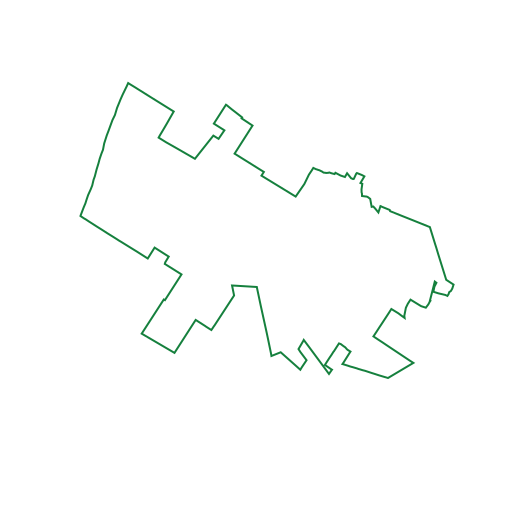 Sinanché, Yucatán, Mexico (orthographic projection), rotated 296°
{"feature_id": "50627088B40588220742551", "entity_name": "Sinanché", "entity_type": "district", "adm_level": 2, "iso_a3": "MEX", "parent_name": "Mexico", "parent_adm1": "Yucatán", "projection": "orthographic", "projection_center": [-89.197, 21.269], "detail": "fine", "context": "isolated", "style": "outline", "palette": "green", "viewbox_px": 512, "rotation_deg": 296, "n_neighbors": 0, "source": "geoboundaries", "source_scale": "gbopen_adm2", "svg_char_len": 3164}
<svg xmlns="http://www.w3.org/2000/svg" viewBox="0 0 512 512"><g transform="rotate(296 256 256)"><path d="M375.1,318.5L375.2,315.6L374.8,310.3L374.3,310.1L373.9,310.0L368.2,310.1L367.7,309.5L367.6,307.4L370.3,301.6L366.0,301.3L365.4,296.7L365.6,290.9L364.1,290.7L363.5,287.8L363.4,287.1L363.2,285.3L362.3,284.3L361.4,282.6L361.0,281.3L360.6,280.3L360.7,278.9L360.9,278.1L360.8,276.5L360.9,275.7L360.6,273.9L360.5,272.9L360.3,271.7L360.3,268.9L357.4,268.6L352.3,267.9L341.9,267.9L326.8,265.6L330.6,225.7L335.0,226.2L338.6,191.9L371.7,195.7L373.4,182.7L374.5,182.8L376.4,173.8L377.2,169.9L378.7,163.6L378.8,162.7L356.5,160.1L355.1,172.5L344.9,171.0L345.5,164.9L337.9,163.2L316.6,158.5L318.0,138.3L318.8,125.4L319.3,120.6L319.7,116.6L322.1,116.7L327.9,117.2L335.6,117.8L349.8,118.7L351.0,107.2L352.6,91.7L352.8,89.9L354.2,76.7L354.5,74.2L355.2,66.9L355.4,65.3L351.8,65.4L342.8,65.4L337.1,65.6L334.5,65.8L328.2,66.2L323.3,67.0L320.9,67.4L318.9,67.4L315.2,67.4L303.6,68.6L299.0,69.0L290.7,70.2L284.4,71.9L280.3,72.2L274.8,72.9L270.2,73.8L263.8,74.8L257.0,76.2L253.3,76.6L247.5,77.9L243.6,78.2L237.1,78.4L232.4,79.0L228.4,79.6L224.4,79.8L222.1,80.0L215.5,80.6L215.0,80.7L214.4,85.0L214.3,86.8L213.8,90.5L212.7,99.9L212.1,105.6L211.3,112.3L210.7,118.2L210.1,123.7L209.8,126.0L209.6,128.6L209.2,132.5L208.7,137.5L207.9,145.5L207.8,146.6L206.3,159.8L210.9,160.3L219.1,161.2L217.2,177.8L210.5,177.2L208.9,177.5L206.8,197.1L176.4,193.5L176.5,192.2L136.1,187.3L133.2,225.2L172.1,229.8L170.8,241.0L170.6,242.1L169.9,248.3L171.8,248.6L174.8,249.0L175.0,249.1L210.9,253.6L219.0,247.4L228.5,270.3L213.6,281.9L199.1,293.4L191.9,299.1L186.9,303.0L181.6,307.1L175.4,311.9L173.5,313.3L172.9,313.7L180.3,320.4L174.8,340.1L173.2,345.7L175.7,345.9L184.5,347.1L189.2,337.9L191.0,335.0L200.3,335.7L201.5,335.7L197.2,344.1L182.0,373.3L187.1,374.1L187.1,373.7L187.4,371.7L187.7,369.7L188.3,365.7L192.8,366.2L196.9,366.7L198.9,367.0L200.2,367.2L203.9,367.6L204.5,367.8L213.8,368.9L214.0,370.9L213.5,373.3L213.1,375.7L213.1,376.1L212.0,378.7L211.8,379.6L211.5,382.8L209.0,382.5L198.8,381.4L196.8,381.1L196.9,381.6L197.2,383.5L197.5,385.5L197.8,387.5L197.8,387.8L198.1,389.7L198.5,391.7L198.9,394.1L199.2,395.9L199.4,397.8L199.7,399.3L200.1,401.9L200.6,404.2L201.6,411.5L202.0,414.1L202.7,419.1L204.2,428.1L219.3,438.0L226.9,443.0L228.9,444.3L229.4,440.0L233.2,411.8L233.8,407.6L234.4,402.8L235.2,396.8L240.5,397.5L246.3,398.2L250.0,398.7L256.3,399.5L260.2,400.0L264.2,400.5L267.7,400.9L266.9,409.1L266.2,412.6L265.5,416.7L267.3,415.5L275.2,413.4L279.7,413.4L284.5,414.0L283.3,426.4L284.0,431.3L288.0,432.1L291.1,432.2L291.7,432.3L291.6,432.0L303.3,429.6L311.4,427.9L311.0,429.9L306.6,429.8L301.6,431.1L302.4,436.3L304.0,443.3L304.0,445.5L306.0,445.8L308.2,445.5L310.0,446.5L312.7,446.7L316.9,446.1L318.0,437.4L337.5,419.0L342.6,414.3L345.2,411.8L358.2,399.6L356.9,381.4L356.0,369.5L355.1,356.9L356.0,356.0L355.4,347.1L355.5,346.9L355.4,346.0L348.8,346.9L350.9,342.3L351.9,339.7L350.9,338.4L357.4,333.6L358.0,330.5L357.9,329.3L357.5,328.3L356.4,325.0L358.1,324.1L358.5,323.9L359.5,323.0L362.2,321.6L367.5,319.9L367.4,317.9L375.1,318.5Z" fill="none" stroke="#15803d" stroke-width="2"/></g></svg>